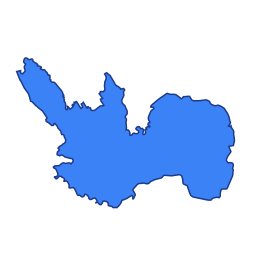 Nghi Loc, Nghệ An, Vietnam (Mercator projection), rotated 174°
{"feature_id": "81297802B50427055609681", "entity_name": "Nghi Loc", "entity_type": "district", "adm_level": 2, "iso_a3": "VNM", "parent_name": "Vietnam", "parent_adm1": "Nghệ An", "projection": "mercator", "projection_center": [105.64, 18.794], "detail": "fine", "context": "isolated", "style": "filled", "palette": "blue", "viewbox_px": 256, "rotation_deg": 174, "n_neighbors": 0, "source": "geoboundaries", "source_scale": "gbopen_adm2", "svg_char_len": 5883}
<svg xmlns="http://www.w3.org/2000/svg" viewBox="0 0 256 256"><g transform="rotate(174 128 128)"><path d="M204.8,97.9L205.0,97.4L205.6,97.4L206.2,97.2L206.3,96.6L206.1,96.2L204.1,94.8L203.9,94.3L202.9,91.5L202.6,89.8L202.7,88.9L202.8,88.3L203.3,87.6L205.4,87.0L206.1,87.1L206.2,86.5L205.8,86.3L205.2,85.3L204.7,84.9L204.1,85.0L201.0,87.3L199.6,86.9L199.1,86.5L198.8,85.8L197.5,85.4L196.6,84.3L196.6,83.8L196.9,82.4L197.3,82.0L197.3,81.7L196.3,81.5L195.5,82.0L195.0,82.0L194.6,81.7L193.4,80.2L192.5,77.7L192.9,75.1L192.7,74.6L191.7,74.4L189.2,74.5L188.5,74.4L188.1,74.0L187.5,73.2L186.0,69.1L185.3,66.7L184.4,66.2L183.1,66.2L181.4,64.6L180.8,64.3L180.2,64.2L179.1,64.6L178.0,66.5L177.7,66.6L177.2,66.4L176.1,65.9L175.3,65.1L174.3,63.3L174.3,62.1L173.8,61.4L173.2,60.9L171.9,60.8L171.4,60.9L170.8,61.5L170.5,61.6L169.4,61.6L168.8,61.9L168.1,61.7L167.1,60.5L166.4,58.7L166.6,57.8L167.7,57.3L167.7,56.9L166.5,57.3L165.8,57.2L165.0,55.8L164.0,54.8L163.4,54.6L162.6,54.7L162.2,55.4L161.3,56.0L160.7,57.7L160.4,57.9L159.1,57.8L156.9,57.0L155.6,55.6L155.7,53.0L153.6,52.0L152.3,51.8L151.3,50.5L149.9,50.2L148.2,50.3L147.4,49.9L145.0,51.8L143.0,54.0L141.6,56.6L136.7,58.0L131.5,60.5L131.2,60.5L130.8,60.0L130.6,59.2L130.5,57.0L129.9,57.1L128.3,59.8L127.9,60.5L127.8,61.5L129.6,65.6L129.6,66.2L128.8,67.1L124.5,71.0L123.7,71.4L122.1,71.6L118.9,71.6L117.6,71.5L115.8,70.7L114.5,70.5L112.9,70.9L111.3,72.3L107.2,73.8L100.0,74.9L99.1,75.5L97.5,77.1L95.6,77.0L89.7,75.9L81.8,76.2L80.2,75.4L79.6,74.6L78.9,71.1L79.1,67.6L78.7,66.7L78.1,66.1L75.1,64.5L74.2,60.1L72.7,54.5L70.5,52.6L56.8,48.2L55.1,47.8L53.3,47.6L52.8,47.8L51.5,49.0L50.1,49.5L47.0,49.8L44.4,49.2L43.5,50.5L42.8,54.5L41.6,57.3L39.7,57.4L36.8,57.1L36.2,57.2L35.4,58.1L29.0,69.5L28.5,71.3L28.1,74.2L27.7,74.8L27.7,75.4L28.1,76.4L28.1,77.2L27.2,79.5L27.2,81.0L27.6,81.8L28.3,82.5L30.2,82.9L32.1,82.9L33.5,85.1L33.6,85.6L33.2,86.9L32.4,88.4L31.3,90.0L28.3,93.4L28.1,94.1L28.9,96.1L29.6,99.2L25.0,99.6L23.5,104.0L23.4,106.5L23.6,111.1L23.2,113.1L23.6,114.8L24.7,116.7L25.3,118.6L25.3,119.4L26.3,118.8L27.1,119.3L27.7,119.2L27.9,119.4L25.8,121.7L25.6,122.6L26.2,126.2L26.3,128.2L27.7,132.6L29.4,135.6L30.0,137.2L32.2,139.1L34.5,140.7L36.2,141.3L38.1,141.0L39.5,141.2L41.4,142.0L43.1,143.2L44.3,145.9L45.8,147.1L46.9,147.6L47.6,147.8L54.4,147.7L58.7,148.1L60.7,148.5L61.5,149.1L63.5,153.0L64.0,153.2L69.6,153.3L71.6,151.5L72.0,151.6L76.4,155.8L77.7,156.5L83.0,157.2L85.6,158.4L94.6,153.4L101.6,148.7L103.1,147.2L103.1,146.4L100.5,145.8L100.3,145.6L100.5,144.5L100.9,144.0L102.6,143.2L103.4,142.5L106.0,137.9L106.7,136.2L106.8,134.7L106.6,133.6L105.7,131.9L105.7,131.2L106.1,130.8L106.6,131.0L107.2,130.8L107.8,129.7L107.6,128.7L106.3,127.9L106.2,127.4L106.4,126.8L107.5,127.3L108.5,127.2L110.0,126.5L110.1,126.1L109.4,125.1L109.8,124.7L110.4,124.9L111.3,124.4L110.9,122.0L111.3,120.7L112.3,120.0L113.5,120.0L113.9,120.8L112.9,123.8L113.0,125.1L114.0,126.2L114.6,125.8L115.2,125.8L115.5,126.0L116.4,127.9L117.6,128.3L118.8,128.1L119.4,127.6L120.2,126.7L120.1,125.8L117.6,123.6L117.7,122.7L118.5,121.8L119.6,121.4L121.1,121.6L122.6,122.3L123.3,122.2L123.9,121.8L125.0,120.6L126.6,120.5L127.0,121.1L126.6,122.4L126.6,123.0L127.2,125.0L128.1,126.0L129.4,126.4L130.1,126.3L129.5,128.6L129.4,133.8L128.7,136.3L128.7,136.9L129.6,139.3L129.1,140.4L127.5,141.9L127.1,144.0L127.1,144.9L127.3,145.9L128.3,148.5L128.6,150.2L131.0,153.3L131.4,154.6L131.2,156.6L128.8,160.6L128.6,161.9L128.8,164.0L128.5,164.7L127.3,166.1L128.0,167.5L128.5,167.8L131.2,167.4L131.7,168.5L132.3,169.2L133.7,170.5L134.8,171.1L136.1,172.5L137.6,176.2L140.4,182.2L142.5,184.1L143.3,185.1L144.6,184.8L145.6,184.2L144.5,181.8L144.5,180.2L144.5,179.4L146.1,176.5L147.0,172.5L146.9,169.0L147.2,168.1L148.5,166.8L151.7,167.1L152.0,165.8L153.1,165.2L150.2,160.2L152.4,159.5L151.9,157.5L149.6,153.1L150.4,152.7L153.3,152.8L159.3,149.1L161.1,149.0L162.9,149.6L163.2,151.9L164.5,152.1L165.4,153.4L165.8,153.3L166.2,152.3L166.4,152.1L166.8,152.2L169.8,158.2L170.8,157.1L172.0,156.7L170.9,153.4L172.9,152.4L176.1,159.1L176.8,159.8L177.2,159.6L177.5,158.7L178.7,159.3L178.9,159.3L178.9,158.3L179.5,156.2L179.9,156.3L180.4,157.2L181.2,156.6L180.4,154.9L183.6,152.7L185.7,155.9L186.0,155.9L185.9,154.5L186.3,152.9L186.6,152.5L187.0,152.5L187.4,152.8L188.1,154.0L187.5,157.3L187.5,158.1L188.0,160.2L188.6,161.3L188.4,162.8L188.9,164.8L188.3,165.1L188.2,165.3L189.4,166.3L189.2,167.0L188.5,167.3L189.1,168.5L189.3,169.7L190.2,171.9L195.5,180.0L196.9,181.3L198.5,181.4L199.9,182.6L199.9,184.1L200.7,184.4L200.1,188.2L201.0,189.0L201.3,188.8L201.9,188.9L202.8,191.8L203.7,192.5L204.6,194.3L205.4,194.7L206.9,194.7L207.4,195.3L208.9,195.8L208.9,196.2L207.9,197.2L208.1,197.9L209.0,198.5L211.6,199.3L211.7,199.6L211.2,200.2L211.2,200.7L212.3,201.8L215.3,204.0L215.6,204.5L215.5,205.7L215.6,206.1L216.2,206.6L216.7,206.7L218.6,206.3L219.2,206.4L219.8,206.6L221.0,207.9L222.4,208.4L223.0,208.2L223.9,207.5L224.8,205.3L224.7,204.0L223.2,202.2L224.7,200.0L224.8,199.3L224.8,198.4L224.2,196.2L224.6,195.1L227.1,192.9L227.6,193.3L228.5,193.3L229.1,194.3L228.8,196.3L232.8,195.8L230.5,187.3L229.2,184.8L227.1,179.0L223.7,172.9L223.1,171.3L222.0,164.8L220.7,164.2L217.2,159.7L216.2,159.0L215.3,157.7L211.3,153.9L207.5,146.7L207.6,146.1L208.8,145.0L208.8,143.6L208.3,142.8L206.5,141.6L203.5,138.4L202.2,138.4L201.6,138.7L201.3,139.8L201.1,140.1L200.4,140.3L198.4,137.6L197.7,135.4L195.1,131.7L194.9,129.4L194.5,128.4L193.4,128.3L192.7,127.9L192.5,127.5L192.2,125.4L191.4,123.6L191.2,122.6L191.6,120.7L193.1,119.3L194.3,118.9L195.6,117.9L198.0,116.8L199.7,115.3L199.3,114.5L198.7,114.1L198.5,113.5L198.7,113.0L200.7,111.5L200.9,111.0L201.3,108.8L198.7,107.5L197.7,108.1L196.7,108.0L195.4,107.4L193.8,105.8L188.6,103.8L186.6,103.3L185.9,101.8L186.3,100.2L188.4,98.2L189.2,99.1L190.2,99.5L193.7,99.3L196.0,100.1L197.3,99.8L200.3,97.8L204.8,97.9Z" fill="#3b82f6" stroke="#1e3a8a" stroke-width="1.5"/></g></svg>